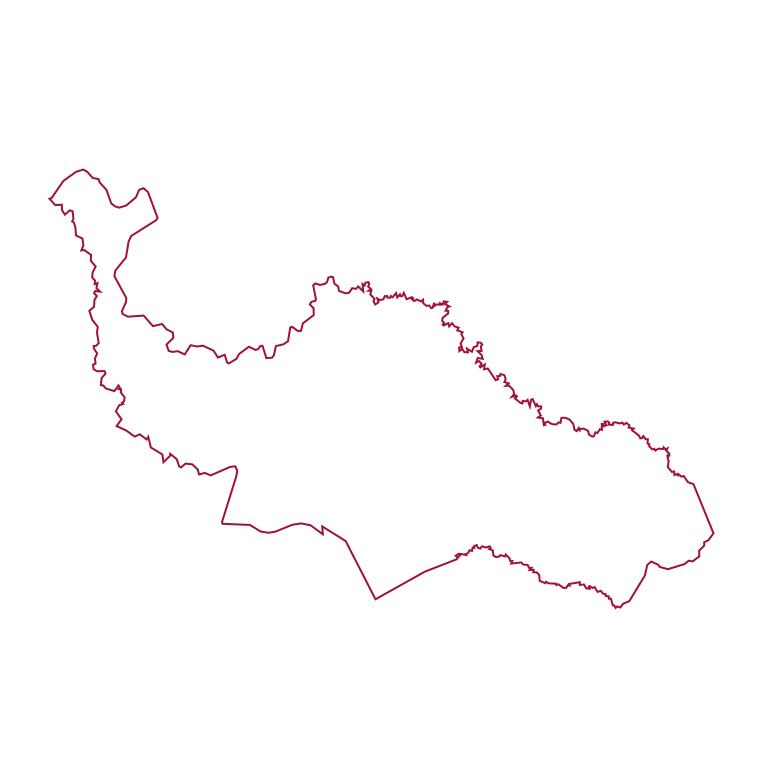 Vinh Cuu, Đồng Nai, Vietnam (Mercator projection), rotated 82°
{"feature_id": "81297802B24916871487669", "entity_name": "Vinh Cuu", "entity_type": "district", "adm_level": 2, "iso_a3": "VNM", "parent_name": "Vietnam", "parent_adm1": "Đồng Nai", "projection": "mercator", "projection_center": [107.042, 11.243], "detail": "fine", "context": "isolated", "style": "outline", "palette": "rose", "viewbox_px": 768, "rotation_deg": 82, "n_neighbors": 0, "source": "geoboundaries", "source_scale": "gbopen_adm2", "svg_char_len": 6157}
<svg xmlns="http://www.w3.org/2000/svg" viewBox="0 0 768 768"><g transform="rotate(82 384 384)"><path d="M188.1,585.1L161.1,591.0L156.6,594.9L157.6,599.4L164.7,603.7L171.4,614.5L172.5,621.7L170.7,625.6L167.2,629.0L153.2,631.8L144.9,637.5L141.4,638.1L139.4,643.8L132.5,648.4L129.8,652.0L131.1,659.6L138.3,673.2L153.7,687.4L154.0,689.5L161.1,684.6L161.6,678.1L166.9,678.7L171.9,676.4L168.3,671.0L169.7,668.3L177.5,668.6L179.6,670.2L181.1,668.6L186.3,667.8L194.0,668.3L198.0,662.4L204.9,662.4L209.6,665.1L209.7,662.1L215.4,656.1L221.2,657.2L227.6,653.2L233.1,657.1L237.9,658.1L241.3,655.8L244.9,656.6L244.2,653.7L249.0,655.4L253.0,652.3L251.7,657.0L253.8,658.4L256.9,656.1L260.4,659.0L267.2,660.4L270.5,665.6L279.8,664.0L287.6,659.5L293.3,661.1L303.8,660.8L306.2,664.0L305.9,666.1L308.2,666.4L313.9,663.8L318.4,666.7L323.7,666.8L324.4,669.5L328.9,669.5L331.5,666.3L332.2,659.2L333.5,658.5L335.1,658.4L338.7,662.8L345.7,664.5L346.4,662.2L349.6,660.2L353.5,652.0L348.5,647.1L351.4,645.9L352.2,647.2L352.9,645.1L355.8,645.8L361.1,642.7L365.0,643.8L366.1,646.0L367.5,645.1L368.2,649.2L373.7,653.3L382.5,648.8L388.4,654.7L394.6,645.2L401.4,638.3L399.8,632.8L405.9,626.8L403.5,624.8L414.4,623.7L423.0,613.2L430.8,613.3L425.4,605.9L423.4,605.4L429.6,599.7L437.3,598.3L438.3,596.6L435.2,591.5L436.9,585.0L442.7,580.3L447.8,579.8L447.1,573.8L450.4,568.3L444.7,548.1L444.8,542.7L449.6,541.4L455.2,543.3L498.1,563.6L500.0,563.3L504.9,536.4L513.0,526.6L515.3,518.8L515.1,512.1L510.7,494.6L510.5,485.6L513.6,476.5L524.3,465.5L516.4,465.0L534.2,443.8L596.0,422.4L575.5,369.6L567.7,336.4L565.8,335.1L564.1,336.9L562.5,333.7L562.8,332.6L564.7,333.1L563.1,331.2L564.9,326.4L563.7,326.7L563.3,324.5L560.5,322.4L561.6,320.1L558.5,319.1L558.9,317.4L557.3,317.6L556.4,314.7L559.2,313.8L560.4,311.7L558.4,309.5L560.1,305.6L559.4,302.1L561.0,301.2L562.1,302.8L563.9,299.4L569.1,299.5L570.9,297.3L571.0,294.1L569.6,292.6L571.6,288.2L569.8,287.2L574.1,284.0L576.7,283.7L577.1,281.6L579.5,283.0L579.8,272.9L582.1,271.4L583.2,266.9L586.2,266.0L586.6,263.6L588.4,265.6L588.8,261.7L591.2,262.3L591.8,258.9L594.7,256.9L600.6,257.2L603.7,252.0L602.4,251.1L604.3,248.7L605.7,241.4L607.1,241.3L606.6,239.1L610.8,234.9L611.3,232.0L608.9,230.0L609.5,228.2L607.8,228.6L607.5,217.7L610.2,218.1L610.4,213.8L614.5,212.2L615.3,208.8L613.1,209.4L612.8,208.3L615.0,205.7L614.4,203.7L619.6,201.5L619.0,198.1L622.2,196.2L622.9,193.8L624.8,194.0L625.6,191.0L627.9,191.2L628.2,189.1L635.1,188.3L635.3,186.8L638.0,185.8L636.7,184.1L638.2,181.0L634.9,177.9L633.2,171.3L609.9,152.3L599.9,148.5L597.0,144.1L601.2,137.5L603.5,136.4L606.9,128.7L604.2,111.6L601.4,106.8L602.6,103.0L598.6,95.8L592.9,95.1L588.5,89.3L585.3,89.0L583.8,84.4L577.7,78.5L526.2,91.5L523.5,96.7L516.8,100.0L517.2,102.2L514.1,105.1L515.4,105.7L513.9,107.1L514.6,109.1L510.9,109.0L511.2,111.1L505.8,114.5L499.8,112.8L496.7,113.5L494.8,111.8L494.4,113.2L492.7,111.2L489.4,113.7L487.2,112.4L488.0,114.5L485.6,115.9L487.2,116.8L486.2,121.2L487.7,124.6L485.8,125.3L486.1,127.5L482.5,130.1L480.5,129.6L479.6,131.3L475.4,130.4L475.0,132.6L471.7,134.5L473.6,136.0L473.5,137.8L470.7,138.6L464.2,144.9L462.9,143.0L461.2,147.8L459.1,146.7L456.2,149.4L457.6,152.1L455.4,153.4L455.9,155.9L454.1,160.4L454.3,162.5L456.4,163.0L455.5,167.1L453.6,166.3L452.2,167.6L452.0,170.8L455.8,169.5L456.4,172.4L454.2,172.3L453.8,173.9L459.8,174.6L458.8,176.5L462.2,179.5L461.3,181.4L465.0,183.4L465.0,185.2L462.6,188.1L458.9,188.4L455.9,192.5L456.1,195.5L454.8,196.7L457.1,196.8L455.7,198.4L457.5,199.7L455.9,201.7L450.0,202.1L445.1,205.2L442.7,209.0L442.2,213.0L447.0,214.6L446.3,216.3L448.0,218.9L447.2,223.2L444.0,227.0L444.9,230.4L446.9,230.0L447.0,231.4L440.1,231.4L438.6,236.3L437.0,233.1L431.7,235.1L430.2,231.9L428.0,231.4L427.6,234.4L425.3,235.4L427.1,236.7L419.6,238.9L420.2,240.6L426.5,242.7L419.7,244.0L421.0,246.1L420.0,249.0L422.5,249.7L421.7,251.5L416.5,256.4L414.9,254.1L413.7,254.8L414.5,259.2L412.1,256.6L408.0,256.8L403.0,260.4L402.8,263.6L400.7,260.5L398.8,264.5L396.2,262.8L392.0,263.6L390.3,267.3L392.3,268.1L392.0,270.7L395.2,270.3L395.8,272.9L383.1,279.0L383.3,282.9L378.7,281.5L381.0,286.3L379.8,286.8L377.5,284.6L374.6,286.6L375.7,289.9L371.3,287.6L372.8,282.7L368.7,283.4L364.5,286.7L364.8,282.8L360.2,282.8L358.5,281.2L356.6,282.4L355.8,285.5L359.3,286.3L360.0,290.0L364.3,292.4L360.6,296.8L364.3,296.5L363.6,300.1L360.1,301.6L361.9,304.8L358.3,304.5L358.3,301.8L354.6,302.5L350.0,298.9L345.4,300.5L343.7,299.0L341.1,304.0L338.6,302.3L336.7,306.1L333.2,308.2L336.1,311.4L332.7,311.9L334.4,316.7L333.4,317.6L331.8,315.9L329.6,317.6L326.6,316.8L323.1,310.6L320.5,310.3L320.0,312.8L316.7,310.5L316.3,308.4L313.3,312.5L311.4,310.0L310.5,313.3L313.5,314.9L311.8,317.3L313.4,317.3L312.5,320.5L313.6,322.9L310.5,323.1L315.2,325.1L315.4,326.8L312.6,328.2L312.5,331.0L309.5,333.9L306.0,333.6L307.4,335.9L304.8,339.8L306.1,342.5L303.9,344.5L303.2,343.2L301.9,344.3L303.2,349.8L296.5,351.7L299.5,353.8L299.4,355.5L297.5,355.8L300.1,358.9L295.6,359.4L299.3,363.4L297.8,364.9L299.4,365.8L299.0,368.6L297.4,368.6L297.1,371.0L300.1,372.9L300.3,376.4L298.4,378.7L302.4,378.1L304.0,381.6L300.5,382.9L298.3,381.5L293.6,385.1L290.0,383.7L289.5,386.2L288.3,383.6L285.3,386.1L282.5,384.6L280.9,385.3L281.2,388.4L283.8,389.5L282.0,391.3L289.5,391.7L283.8,396.0L285.9,398.4L284.7,402.2L288.8,405.9L288.9,409.3L285.6,415.6L281.0,415.8L277.8,419.1L271.1,419.6L270.3,421.9L271.0,424.3L275.2,426.3L276.6,428.6L277.0,433.5L274.9,438.0L276.4,440.4L290.8,439.6L292.2,440.7L292.5,444.4L294.8,446.4L299.1,443.2L306.0,444.0L312.6,455.9L319.8,458.8L319.5,462.0L314.8,466.8L314.8,468.9L328.3,473.1L330.7,478.1L331.4,485.8L340.4,489.1L342.4,491.3L342.0,496.9L329.3,499.0L329.1,501.1L332.0,503.9L332.4,506.5L328.3,512.6L334.1,523.3L338.6,526.7L342.0,534.7L341.0,536.3L332.9,537.7L334.7,544.7L327.2,548.2L320.8,558.0L320.9,563.7L318.7,570.1L327.0,577.2L322.8,583.6L322.8,589.1L321.2,592.6L314.7,593.9L308.9,586.1L303.5,586.0L299.7,591.6L293.7,595.4L294.6,604.7L282.8,612.5L281.7,628.2L278.2,633.1L275.5,633.5L267.0,628.1L263.0,627.2L239.7,636.0L234.2,634.2L222.8,621.9L207.4,617.1L202.2,613.7L190.2,587.1L188.1,585.1Z" fill="none" stroke="#9f1239" stroke-width="2"/></g></svg>